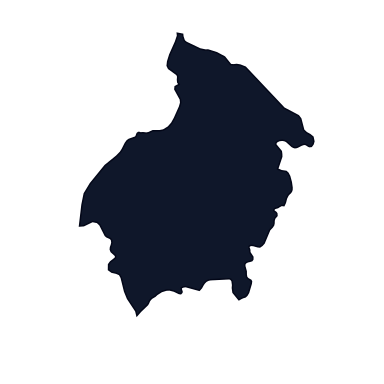 Marijampoles, Mercator projection, rotated 36°
{"feature_id": "LTU-1070", "entity_name": "Marijampoles", "entity_type": "County", "adm_level": 1, "iso_a3": "LTU", "parent_name": "Lithuania", "parent_adm1": "", "projection": "mercator", "projection_center": [23.274, 54.666], "detail": "fine", "context": "isolated", "style": "filled", "palette": "ink", "viewbox_px": 384, "rotation_deg": 36, "n_neighbors": 0, "source": "natural_earth", "source_scale": "10m", "svg_char_len": 2801}
<svg xmlns="http://www.w3.org/2000/svg" viewBox="0 0 384 384"><g transform="rotate(36 192 192)"><path d="M149.3,278.4L147.4,278.2L136.9,272.8L133.2,272.3L128.9,274.3L128.6,274.7L124.2,282.9L121.0,285.6L110.5,266.9L105.8,256.6L104.8,244.9L106.1,221.6L109.9,207.3L110.7,201.8L110.5,198.5L109.4,191.7L109.4,188.6L110.1,186.5L114.0,180.8L114.0,179.6L113.6,178.3L113.2,176.8L113.6,175.4L114.2,174.9L115.6,174.5L117.5,172.9L120.5,171.2L122.0,169.6L124.3,165.5L129.8,161.5L132.4,158.7L134.6,153.4L135.1,148.1L134.4,142.5L131.8,130.2L130.4,126.4L128.2,123.9L117.8,119.0L116.4,116.6L118.3,112.5L116.0,111.6L114.3,109.7L113.1,107.7L112.0,106.4L110.3,105.9L100.5,105.9L97.7,104.4L95.6,100.7L93.3,93.9L90.4,80.2L88.5,74.1L86.8,72.2L91.7,69.9L93.1,71.5L96.3,73.8L97.3,74.2L99.5,74.3L114.3,71.6L119.5,69.3L121.5,67.7L130.2,64.8L139.0,63.6L148.5,66.2L151.0,64.6L153.2,62.6L156.4,61.0L161.8,59.6L217.2,70.0L233.3,67.7L236.9,68.8L245.9,76.2L249.7,76.7L253.7,76.2L257.5,76.4L260.8,79.4L261.8,82.1L261.8,84.9L260.4,86.2L259.2,86.5L256.9,86.6L255.8,86.8L254.9,87.3L254.2,88.0L253.0,89.7L251.1,93.5L250.1,94.9L249.0,95.8L247.7,96.2L246.1,96.4L238.6,95.6L236.7,96.0L234.8,96.9L233.6,97.9L232.3,99.2L231.3,101.1L231.0,102.7L231.8,104.4L240.3,106.6L242.2,108.6L243.8,110.7L247.7,123.1L251.9,122.2L256.1,120.0L258.6,120.3L261.8,121.9L266.5,125.7L270.3,129.6L271.6,131.5L272.1,133.2L272.1,134.8L271.7,136.8L271.6,138.4L272.2,141.9L273.2,144.3L273.8,145.9L274.4,149.0L272.4,150.1L272.0,150.9L271.3,152.3L270.6,154.2L268.8,156.4L268.5,157.9L269.0,159.0L270.3,159.1L272.0,159.1L273.3,159.6L274.7,161.3L274.4,164.6L275.0,166.5L275.9,168.0L276.6,168.9L277.5,170.9L277.6,173.2L277.1,177.0L280.4,191.0L280.1,194.0L279.2,196.6L277.5,197.6L273.2,199.2L271.4,200.2L270.2,201.7L270.2,202.9L270.9,203.7L272.1,204.4L272.9,205.1L273.6,206.1L274.4,206.9L279.4,208.8L280.8,210.8L280.8,212.4L279.5,214.1L278.0,215.8L277.0,218.0L277.3,219.8L278.5,221.2L282.4,224.3L284.5,227.1L286.3,228.8L288.3,229.2L291.5,228.8L292.7,229.4L293.8,231.4L296.9,240.2L297.2,243.3L296.8,245.5L295.3,247.5L294.3,249.3L293.3,251.6L284.3,249.2L281.1,245.9L279.6,243.4L276.7,240.4L274.8,239.8L273.2,240.2L258.6,252.0L257.1,253.6L255.9,255.9L255.5,258.5L255.6,260.9L256.0,264.0L255.9,265.0L255.7,267.2L242.5,272.2L240.9,273.7L239.6,275.8L240.4,277.0L242.5,278.5L242.9,279.3L242.7,280.9L241.2,281.7L235.7,282.7L231.4,284.4L228.9,286.4L225.9,290.4L223.9,295.5L223.4,298.1L222.0,301.3L221.6,303.3L221.6,305.4L222.1,307.4L222.3,309.3L220.6,318.9L220.1,324.4L216.6,321.4L202.5,316.1L195.9,312.0L185.1,302.9L181.9,301.4L178.4,302.2L174.2,304.0L170.2,304.0L167.1,299.6L167.1,296.4L168.1,293.0L168.8,290.2L167.7,288.5L161.7,287.8L159.7,286.5L158.6,284.6L157.9,282.2L156.9,279.9L155.0,278.0L153.2,277.6L149.3,278.4Z" fill="#0f172a" stroke="#020617" stroke-width="1.5"/></g></svg>